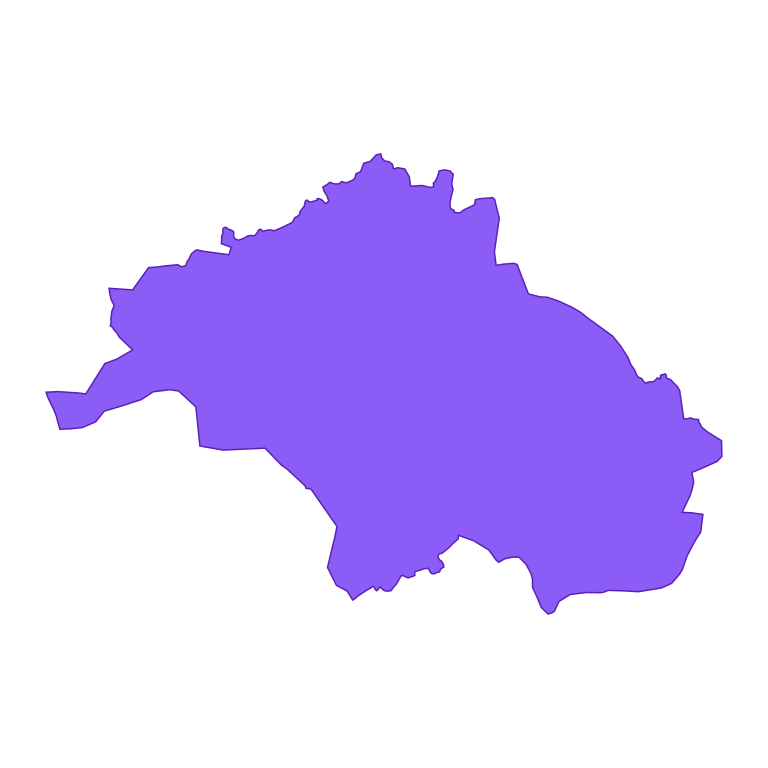 the district of Fakai, Kebbi, Nigeria
{"feature_id": "59680162B55504856664882", "entity_name": "Fakai", "entity_type": "district", "adm_level": 2, "iso_a3": "NGA", "parent_name": "Nigeria", "parent_adm1": "Kebbi", "projection": "mercator", "projection_center": [4.84, 11.54], "detail": "fine", "context": "isolated", "style": "filled", "palette": "violet", "viewbox_px": 768, "rotation_deg": 0, "n_neighbors": 0, "source": "geoboundaries", "source_scale": "gbopen_adm2", "svg_char_len": 4987}
<svg xmlns="http://www.w3.org/2000/svg" viewBox="0 0 768 768"><path d="M46.1,392.2L47.0,395.4L49.0,399.8L50.5,403.0L53.4,408.9L55.2,413.2L56.5,416.6L57.6,421.2L59.9,429.3L69.9,428.8L72.5,428.6L82.1,427.6L95.7,421.8L104.2,411.2L120.9,406.2L141.5,399.5L153.1,391.8L170.0,389.7L178.8,391.1L195.9,406.9L196.7,414.8L199.9,446.0L223.4,450.1L242.0,449.2L262.2,448.3L265.1,448.2L281.7,465.4L282.8,466.0L287.0,469.0L305.1,485.8L306.0,488.3L311.0,489.1L337.0,526.5L334.6,538.0L327.5,567.4L336.5,585.4L347.2,591.1L352.7,600.1L355.1,598.5L358.1,595.9L360.2,594.5L362.4,593.0L366.4,590.4L370.1,588.4L372.6,586.5L373.8,587.0L374.7,588.0L375.4,589.7L376.6,590.7L378.0,589.7L379.5,587.4L380.4,587.0L381.1,588.0L382.3,589.1L384.2,590.6L387.3,591.2L391.0,590.7L393.5,587.3L395.9,584.6L397.8,581.8L397.8,581.7L399.1,579.4L399.7,578.4L401.3,575.7L402.7,575.6L404.7,576.3L406.5,577.4L408.4,577.9L410.9,576.8L412.9,576.5L414.3,575.6L415.0,575.1L414.5,573.0L414.6,572.7L415.1,571.6L416.9,571.1L418.5,570.6L421.0,569.9L423.9,568.7L425.6,568.6L428.1,568.3L428.8,569.4L429.8,571.1L430.7,572.9L431.7,573.4L432.1,573.7L434.9,573.7L436.9,572.5L439.4,571.9L439.6,571.8L440.1,570.4L440.3,569.7L441.6,568.3L443.2,567.5L443.8,567.2L443.7,565.7L443.1,563.9L442.8,563.2L442.3,562.2L441.1,560.9L439.4,559.7L438.4,557.8L438.0,555.8L438.0,555.4L439.3,554.0L442.3,553.1L448.6,548.0L452.9,543.5L456.3,540.6L457.7,539.2L458.3,538.6L458.3,536.9L458.4,536.7L458.6,535.4L473.6,540.7L488.8,550.0L491.8,554.0L496.0,560.0L498.7,562.3L504.5,558.9L512.5,557.1L518.9,557.1L526.1,564.4L526.8,565.7L530.9,573.3L531.2,574.4L532.5,579.0L532.5,582.1L532.5,587.2L537.3,597.7L541.3,607.5L548.1,614.1L552.2,612.8L554.4,611.2L559.0,601.4L570.2,594.5L586.4,592.5L600.0,592.7L603.0,592.4L608.3,590.4L622.6,590.8L638.5,591.7L661.3,588.0L671.6,583.4L679.7,574.0L679.7,573.9L682.4,569.5L687.0,556.2L692.6,545.3L696.7,538.2L700.7,532.1L702.9,514.4L691.6,512.8L685.9,512.5L682.1,512.3L689.9,496.0L692.1,489.3L693.7,482.1L691.9,472.4L694.3,471.4L699.1,469.5L710.0,464.6L717.2,461.4L721.9,456.3L721.5,440.7L707.8,432.2L701.8,427.3L700.0,423.7L699.0,422.7L698.7,421.3L698.5,419.6L696.2,419.3L694.0,419.1L692.1,418.4L690.3,417.9L688.2,418.5L686.4,418.9L683.7,418.7L679.7,390.6L677.6,386.8L674.6,383.9L673.4,382.7L672.1,381.2L670.9,379.9L669.1,379.0L668.0,378.7L666.7,378.3L666.4,377.7L666.4,376.0L666.0,374.8L665.0,373.8L663.2,374.7L661.7,374.6L660.5,375.6L660.3,377.9L660.7,378.2L660.4,378.7L659.7,378.9L659.5,378.5L658.7,378.4L657.4,377.9L655.9,379.6L654.4,381.1L652.3,381.9L650.2,381.8L647.5,382.3L646.5,383.4L645.0,382.6L643.2,381.0L642.0,378.9L641.1,378.3L639.6,377.7L637.5,376.5L635.9,373.3L634.9,370.5L631.0,364.8L627.8,357.2L620.4,345.7L612.6,336.1L587.7,318.0L580.1,312.0L572.1,307.3L558.4,301.0L547.1,297.2L539.8,296.9L528.4,293.9L517.1,264.4L513.6,263.3L503.1,264.2L498.8,264.9L496.1,265.3L494.4,251.6L499.3,218.3L494.6,199.4L493.9,198.5L492.7,198.1L492.0,197.5L490.7,197.8L488.3,198.1L486.2,198.2L479.6,198.7L475.5,199.7L474.4,204.9L464.3,209.6L459.6,213.0L454.4,212.4L454.2,210.4L451.5,209.2L450.3,207.8L450.0,202.2L451.7,194.7L453.0,189.5L451.7,183.8L453.0,175.9L453.2,174.3L450.0,170.9L444.5,169.9L439.2,170.9L437.7,176.2L435.4,181.2L433.3,183.1L433.7,186.8L430.4,187.5L422.2,185.5L410.6,186.2L409.3,176.8L404.8,169.0L397.7,167.7L393.6,169.0L392.5,164.3L389.2,161.8L384.6,160.9L381.8,158.0L380.8,153.9L376.3,154.8L370.4,161.3L363.7,163.3L361.6,169.0L360.6,171.7L355.9,173.8L354.9,178.2L352.4,180.3L346.2,182.9L341.7,181.6L338.5,184.0L334.0,183.8L329.7,182.3L327.2,184.5L322.9,187.0L324.1,191.3L327.1,196.1L328.7,201.1L326.2,203.5L324.4,202.6L322.5,200.3L321.0,199.6L320.1,198.9L318.5,198.5L317.1,198.9L317.3,199.5L316.7,200.4L315.8,200.5L315.0,200.9L313.9,201.3L313.2,201.2L311.9,202.0L310.8,201.8L309.2,201.8L308.4,201.3L307.7,200.4L306.6,200.1L305.6,200.8L305.1,202.0L304.1,206.4L300.0,211.5L299.8,214.3L297.2,216.6L295.0,217.5L293.8,219.5L292.8,222.0L291.7,222.6L288.8,224.2L282.8,227.1L274.3,230.8L269.8,229.8L264.4,230.8L262.9,231.3L260.7,229.2L258.7,229.9L257.8,231.6L256.5,233.7L253.8,236.1L251.7,235.4L248.0,235.8L244.0,238.2L238.5,240.2L236.3,239.3L234.7,238.6L233.9,236.9L233.6,235.7L233.8,234.6L233.8,233.8L233.6,232.2L233.1,231.2L232.3,230.8L231.5,230.5L231.1,230.1L230.3,229.6L229.4,229.5L228.6,229.3L228.0,228.9L227.0,228.1L226.4,227.5L225.4,227.3L224.4,227.6L223.6,228.0L223.2,228.6L222.8,229.1L222.7,229.7L222.8,230.2L223.0,231.0L222.9,232.1L222.9,232.7L222.9,233.7L222.4,234.5L221.9,235.3L221.7,236.2L221.6,241.4L221.3,243.6L231.3,247.4L228.9,254.7L203.3,251.3L197.3,249.9L194.9,250.8L191.2,254.2L189.1,258.8L187.6,260.7L185.5,265.7L181.6,266.8L177.7,264.7L164.6,266.0L156.2,267.1L148.6,267.6L132.6,289.9L109.0,288.3L110.0,294.6L111.2,299.8L113.7,304.5L113.9,306.3L112.7,309.0L111.6,312.3L111.4,315.9L110.8,318.6L111.1,322.2L110.3,325.9L112.4,327.2L114.3,330.3L117.0,333.1L119.0,336.8L132.6,349.9L116.9,359.1L104.9,363.5L85.8,393.9L78.6,393.0L57.9,391.6L46.1,392.2Z" fill="#8b5cf6" stroke="#5b21b6" stroke-width="1.5"/></svg>